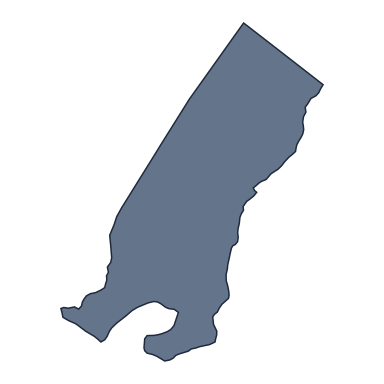 Santa Cruz de Monte Castelo, Paraná, Brazil
{"feature_id": "56859067B19396255459942", "entity_name": "Santa Cruz de Monte Castelo", "entity_type": "district", "adm_level": 2, "iso_a3": "BRA", "parent_name": "Brazil", "parent_adm1": "Paraná", "projection": "albers", "projection_center": [-53.375, -23.082], "detail": "fine", "context": "isolated", "style": "filled", "palette": "slate", "viewbox_px": 384, "rotation_deg": 0, "n_neighbors": 0, "source": "geoboundaries", "source_scale": "gbopen_adm2", "svg_char_len": 1917}
<svg xmlns="http://www.w3.org/2000/svg" viewBox="0 0 384 384"><path d="M215.0,342.0L215.8,338.1L216.6,335.3L216.8,331.2L213.5,324.3L213.1,320.3L212.7,317.1L214.3,314.4L217.3,312.1L219.3,308.1L221.9,304.3L228.5,298.4L229.1,295.1L228.7,291.0L227.8,286.2L226.2,280.5L226.1,274.6L227.4,268.8L227.7,265.0L229.2,258.3L230.1,253.8L231.4,248.3L232.7,245.8L235.3,244.5L237.6,241.6L238.2,237.3L237.7,232.7L238.0,229.0L239.3,223.4L239.9,217.5L241.2,214.0L243.5,210.3L243.1,206.7L244.9,203.9L246.7,201.4L250.0,199.0L253.8,195.9L256.7,192.3L254.5,190.5L253.3,187.9L256.0,185.7L259.1,182.9L261.4,181.4L266.1,179.5L271.1,173.7L278.3,169.0L281.9,165.4L284.6,161.8L288.9,157.2L291.9,154.8L295.5,151.5L296.2,147.4L296.9,144.6L298.8,141.0L300.9,137.7L302.8,133.8L303.7,129.6L303.3,125.8L302.7,122.2L303.5,116.7L305.9,112.2L305.2,107.2L308.0,103.4L310.9,98.5L315.9,95.8L318.7,92.8L320.6,88.8L323.1,84.7L272.9,45.7L243.6,23.0L189.1,99.5L185.9,104.7L161.7,143.3L154.0,155.8L123.5,204.8L121.9,207.3L116.7,216.7L114.0,225.0L109.7,235.2L110.7,245.5L111.7,257.8L110.7,262.5L107.4,267.0L108.4,272.4L106.5,275.8L106.8,280.1L105.6,283.8L104.7,287.6L101.2,289.9L95.7,292.6L90.3,293.7L86.4,295.9L84.2,298.8L82.4,302.0L81.5,306.0L78.6,309.1L74.5,306.9L68.3,308.2L63.7,307.5L60.9,308.5L61.8,311.9L63.0,317.4L69.0,320.8L75.2,323.5L77.5,325.0L85.6,331.2L94.1,336.2L97.4,338.8L100.9,342.0L104.7,339.8L107.0,336.6L109.3,331.5L111.8,327.8L116.6,323.2L126.3,315.6L132.0,310.6L137.5,307.3L140.1,306.2L148.1,302.9L153.8,301.5L157.2,301.9L160.5,303.5L165.8,307.4L169.1,308.7L174.2,309.3L178.4,312.4L176.1,319.3L174.0,325.6L170.8,329.5L167.2,331.7L161.9,333.7L157.8,334.8L153.9,335.4L147.1,335.6L144.7,338.8L144.0,347.8L144.7,350.7L147.0,353.1L152.6,354.5L156.9,356.3L164.7,361.0L170.0,359.9L173.1,358.2L175.9,355.3L179.3,353.9L188.2,351.2L191.4,348.9L195.4,348.1L199.9,346.6L209.5,344.6L215.0,342.0Z" fill="#64748b" stroke="#1e293b" stroke-width="1.5"/></svg>